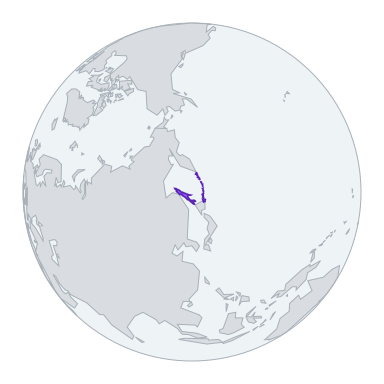 Sakhalin on an orthographic globe, rotated 303°
{"feature_id": "RUS-2616", "entity_name": "Sakhalin", "entity_type": "Region", "adm_level": 1, "iso_a3": "RUS", "parent_name": "Russia", "parent_adm1": "", "projection": "orthographic", "projection_center": [146.417, 48.915], "detail": "fine", "context": "on_globe", "style": "filled", "palette": "violet", "viewbox_px": 384, "rotation_deg": 303, "n_neighbors": 0, "source": "natural_earth", "source_scale": "10m", "svg_char_len": 16478}
<svg xmlns="http://www.w3.org/2000/svg" viewBox="0 0 384 384"><g transform="rotate(303 192 192)"><circle cx="192" cy="192" r="169" fill="#eef3f6" stroke="#a8b0b8"/><path d="M281.8,324.7L281.8,325.2L281.6,325.3L281.8,324.7ZM341.4,113.2L342.7,115.6L343.0,116.9L340.5,113.6L333.9,116.9L342.6,119.7L342.4,122.7L339.9,123.6L338.4,120.6L332.8,119.8L330.9,123.5L320.8,121.5L304.6,110.9L307.0,109.2L302.8,107.1L299.6,109.3L298.5,111.3L279.7,110.0L267.4,119.7L268.4,127.5L264.3,122.4L269.5,140.7L266.0,150.5L267.0,136.6L264.8,133.2L260.9,138.3L257.7,135.9L254.0,137.1L250.7,133.9L251.5,126.4L249.3,124.3L246.7,128.1L241.6,127.6L245.8,122.3L237.4,120.9L237.3,109.0L251.3,98.7L248.3,90.7L254.9,77.1L251.3,76.3L251.5,71.1L247.5,68.3L249.9,66.9L244.6,66.0L243.2,67.8L240.4,68.1L237.9,66.8L240.5,64.6L242.2,65.0L241.6,63.7L244.0,63.2L241.4,62.7L244.8,60.5L237.8,60.7L237.4,57.4L240.7,56.4L245.1,59.1L263.6,64.6L268.3,65.1L270.5,62.8L264.5,52.8L267.7,52.6L268.6,50.4L264.7,49.1L262.6,50.5L255.5,48.0L253.8,50.3L250.7,49.8L247.0,51.5L242.5,48.6L240.1,45.0L242.8,43.5L241.9,42.0L235.1,41.5L236.3,37.4L230.1,32.5L231.0,31.9L240.1,33.7L250.6,38.2L262.4,41.9L249.6,37.0L252.0,36.2L250.2,35.2L247.1,34.0L244.2,33.4L243.9,32.8L256.5,37.0L256.9,37.6L252.9,36.2L257.9,38.4L266.4,41.9L266.9,41.6L279.1,48.3L279.7,48.2L282.7,49.9L281.0,49.4L284.2,50.6L298.7,61.0L299.5,61.7L304.3,65.8L308.1,69.4L313.1,74.7L314.1,75.4L319.4,82.1L326.6,91.0L332.7,98.5L333.1,99.1L341.4,113.2ZM327.4,220.0L326.0,217.3L328.2,217.1L327.4,220.0ZM324.2,217.0L324.9,217.6L324.2,217.3L324.2,217.0ZM323.1,217.6L323.9,217.2L323.1,218.0L323.1,217.6ZM321.7,218.9L322.4,218.1L322.3,218.3L321.7,218.9ZM319.0,219.9L318.3,220.0L318.9,219.0L319.0,219.9ZM298.5,112.7L299.9,109.7L303.9,108.7L303.2,111.5L298.5,112.7ZM290.3,114.9L290.0,112.6L294.7,114.6L293.4,115.3L290.3,114.9ZM269.8,133.8L271.5,130.9L270.9,134.5L269.8,133.8ZM254.1,137.9L254.6,139.5L252.5,139.5L254.1,137.9ZM249.8,53.0L248.5,52.3L249.8,52.3L249.8,53.0ZM249.5,54.6L252.0,55.2L252.2,56.0L250.6,55.6L249.5,54.6ZM245.4,134.7L241.8,134.3L245.6,133.3L245.4,134.7ZM246.3,53.6L252.3,57.4L252.6,59.0L246.9,58.8L246.3,53.6ZM239.8,133.2L231.1,132.8L231.5,136.3L225.5,126.4L234.9,129.9L239.5,128.1L238.1,130.9L239.8,133.2ZM243.9,69.0L245.2,67.0L246.4,70.0L243.9,69.0ZM245.3,70.9L252.8,80.4L249.6,82.9L247.7,79.1L245.3,83.7L240.0,80.3L240.1,77.0L243.3,76.0L238.8,75.5L245.3,70.9ZM223.6,121.3L221.7,120.2L223.9,119.9L223.6,121.3ZM239.4,68.5L241.2,70.1L238.5,72.4L234.4,69.7L236.6,69.8L239.4,68.5ZM247.3,86.7L244.5,88.1L239.5,85.7L237.7,85.9L239.6,80.5L247.3,86.7ZM235.9,68.6L232.4,68.3L231.4,66.0L237.5,67.1L235.9,68.6ZM239.6,74.2L238.1,75.2L237.6,73.7L239.6,74.2ZM225.8,58.3L228.1,59.9L226.8,61.2L225.8,58.3ZM231.1,68.3L231.5,69.1L231.2,69.9L228.7,69.3L231.1,68.3ZM235.9,79.2L234.4,78.0L234.9,81.3L231.1,79.8L233.0,76.5L230.6,77.3L229.5,76.9L232.3,74.7L235.9,79.2ZM225.5,71.0L226.6,66.6L222.8,63.2L223.7,61.9L229.8,67.6L225.5,71.0ZM229.3,73.3L227.2,71.5L229.4,70.7L232.3,71.4L229.3,73.3ZM227.9,80.0L233.1,83.2L232.5,83.8L227.9,80.0ZM223.9,70.1L223.7,71.2L223.4,70.0L223.9,70.1ZM226.1,77.1L228.1,78.1L227.4,78.8L226.1,77.1ZM221.6,72.7L221.9,71.2L223.9,71.6L221.6,72.7ZM223.3,74.8L221.8,75.6L224.4,72.6L224.3,75.1L223.3,74.8ZM225.1,77.6L225.3,78.3L224.4,77.1L225.1,77.6ZM214.0,72.2L216.7,68.4L221.0,69.2L217.8,72.8L214.0,72.2ZM115.0,41.6L100.2,50.7L97.0,52.9L94.6,54.0L76.0,69.3L75.5,70.6L63.4,84.5L58.3,92.8L64.8,90.3L73.2,76.5L79.3,71.9L76.4,80.9L69.8,93.9L71.9,92.6L80.0,82.9L82.5,84.8L83.3,79.6L80.0,82.5L80.4,79.5L83.5,76.7L84.2,77.3L87.3,73.4L82.9,71.8L79.1,74.6L84.8,66.2L79.0,70.2L79.2,68.9L89.0,61.7L91.1,61.1L106.1,51.5L104.5,51.4L90.2,60.5L92.8,58.3L90.5,58.7L94.4,56.6L110.4,47.2L118.3,41.6L121.3,38.5L137.0,32.3L141.4,31.3L127.3,37.3L129.1,37.4L137.9,35.1L132.9,37.3L134.7,37.2L130.0,39.8L129.1,43.2L125.2,46.2L130.5,47.5L129.2,49.3L126.4,47.9L122.4,48.8L113.2,57.4L113.1,59.0L117.3,59.3L114.3,61.8L119.5,61.0L117.0,66.6L124.4,59.3L129.5,60.0L131.1,63.7L134.1,62.7L131.5,56.9L129.3,55.9L125.3,57.0L120.4,53.7L122.3,50.8L132.4,49.8L136.3,45.8L142.5,47.2L145.6,61.2L144.0,67.5L129.5,76.5L126.7,74.5L130.4,70.1L121.8,73.7L124.9,73.6L122.4,75.9L126.7,77.6L125.1,79.4L131.8,78.2L130.4,80.5L126.1,81.2L131.1,86.3L129.6,91.7L131.5,92.1L133.9,90.9L130.4,98.9L131.9,98.9L133.7,96.2L138.0,94.4L144.1,94.5L142.5,97.2L140.1,97.6L132.6,102.7L126.4,103.4L126.4,104.6L131.4,104.6L140.5,98.4L144.6,97.7L140.7,100.9L142.4,99.7L144.0,100.2L144.1,103.5L148.6,100.1L167.9,103.7L169.9,110.7L164.3,112.9L176.1,119.5L177.5,127.6L179.1,125.0L185.9,126.9L185.5,124.3L186.8,123.3L204.1,127.8L206.9,131.3L216.1,131.1L217.0,129.9L215.4,127.2L225.5,126.4L231.5,136.3L229.3,138.5L234.6,143.4L228.7,148.0L226.4,154.4L217.0,157.1L215.9,162.1L218.1,163.5L218.3,171.8L211.1,184.5L207.3,168.0L216.1,149.3L211.7,156.2L209.8,152.9L206.5,154.4L203.6,159.6L205.0,161.3L185.6,162.1L172.9,173.5L180.8,176.0L182.9,181.9L175.4,198.8L150.0,213.6L152.5,223.1L150.8,227.7L144.5,228.1L146.8,221.3L142.8,216.6L145.1,212.9L135.7,211.8L138.5,206.6L129.8,208.6L130.1,214.2L137.3,216.8L128.5,221.3L132.4,232.3L129.7,241.4L112.9,250.1L100.4,247.9L98.9,250.0L95.6,244.3L88.7,245.6L92.9,265.0L91.9,268.9L81.8,270.1L82.1,267.1L73.1,251.8L69.6,259.6L76.3,273.3L78.6,283.8L72.6,276.6L70.6,266.9L67.4,261.2L69.6,254.1L69.5,239.2L63.6,236.3L65.4,231.6L64.4,216.4L56.6,211.6L43.4,211.2L39.5,221.9L35.9,222.1L36.8,197.4L40.9,184.7L38.9,181.3L41.7,164.2L39.8,145.7L41.6,141.5L40.8,139.1L43.2,130.5L46.8,124.1L47.2,120.3L38.2,137.4L37.9,141.7L40.7,142.5L37.9,147.3L36.0,156.8L30.7,156.7L31.3,139.9L34.9,130.9L53.5,98.1L54.9,97.0L55.2,96.7L55.6,96.2L53.7,97.3L58.1,91.8L44.4,110.9L40.5,117.4L31.3,140.0L31.3,139.9L29.4,146.3L27.5,157.3L26.7,159.8L25.6,162.9L28.1,151.1L31.4,139.6L35.5,128.3L40.4,117.3L46.1,106.8L52.5,96.6L59.7,86.9L67.5,77.8L75.9,69.3L84.9,61.3L94.5,54.0L104.5,47.5L115.0,41.6ZM59.2,111.6L57.5,120.5L64.5,113.5L64.4,116.4L66.8,113.1L65.0,112.9L71.7,104.8L73.3,107.9L76.7,105.9L77.4,102.8L73.4,98.7L63.8,110.0L61.5,109.3L59.2,111.6ZM251.3,36.0L250.2,35.6L247.4,34.4L249.5,35.0L251.3,36.0ZM230.7,29.6L230.7,28.8L232.1,29.7L234.9,30.1L241.4,32.8L231.8,31.8L235.0,31.6L230.7,29.6ZM247.3,36.5L244.3,34.6L248.0,36.7L247.3,36.5ZM149.6,35.5L146.1,36.3L145.1,35.4L150.2,32.6L151.7,33.7L149.6,35.5ZM141.4,37.8L150.0,38.0L147.3,40.1L147.3,38.8L144.6,40.2L144.1,38.5L132.9,40.7L131.3,40.1L141.5,34.6L139.1,36.5L142.7,35.5L141.4,37.8ZM177.1,38.0L180.8,39.0L169.9,42.1L167.7,40.9L172.6,37.7L178.1,37.3L177.1,38.0ZM235.1,52.9L237.2,53.7L236.5,54.2L234.1,54.0L235.1,52.9ZM227.0,58.9L225.0,50.4L227.4,50.8L223.4,45.8L228.1,44.9L230.5,48.1L231.1,43.9L235.1,46.4L234.8,43.5L239.6,50.7L243.3,53.0L237.5,50.7L233.1,51.4L232.3,52.4L232.8,57.2L238.5,63.0L235.0,64.9L231.1,64.7L229.3,63.6L232.1,62.7L227.5,61.9L230.2,59.7L227.0,58.9ZM187.3,66.1L191.3,64.7L182.7,64.3L185.3,61.5L184.1,61.6L184.1,59.0L182.1,56.1L183.9,55.2L182.4,54.5L182.3,52.9L180.8,51.7L183.6,49.6L181.9,48.1L184.2,48.0L180.5,46.0L184.5,46.6L184.8,44.8L180.8,45.1L199.6,38.4L204.4,35.7L206.3,33.2L212.9,35.0L215.3,38.7L214.8,43.4L209.2,46.0L213.2,46.5L211.7,48.0L209.2,47.0L212.1,49.5L210.2,50.5L209.9,55.6L215.3,59.1L215.3,61.2L212.2,60.4L214.4,63.1L208.5,63.0L208.4,64.6L202.5,66.3L196.7,64.0L196.9,66.0L192.5,67.6L187.3,66.1ZM212.2,72.6L204.6,70.1L202.3,67.5L213.5,65.7L214.4,64.3L221.5,63.4L224.7,67.3L222.4,67.2L220.9,68.0L220.5,66.4L219.7,68.3L216.5,68.2L215.0,69.7L212.9,68.5L212.2,72.6ZM96.1,54.0L94.2,55.6L91.7,57.8L90.1,58.3L96.1,54.0ZM107.0,47.5L105.6,48.5L102.3,50.0L104.3,48.5L107.0,47.5ZM107.8,48.1L105.8,48.5L108.1,47.4L107.8,48.1ZM125.4,49.1L124.3,50.5L123.0,50.7L122.3,50.0L125.4,49.1ZM162.2,65.5L164.9,64.8L165.2,65.5L170.9,66.3L169.5,68.7L165.4,69.1L162.2,65.5ZM64.6,88.8L64.4,87.3L65.9,85.5L65.6,86.3L64.6,88.8ZM76.6,71.3L72.5,75.7L76.2,71.4L76.6,71.3ZM161.5,68.2L164.0,68.2L161.8,69.4L161.5,68.2ZM168.7,70.4L166.5,72.0L169.9,69.1L168.7,70.4ZM115.2,321.9L120.0,324.3L119.9,324.7L115.2,321.9ZM110.1,318.1L115.4,320.7L109.4,318.7L110.1,318.1ZM117.5,321.6L122.9,323.0L125.3,323.2L125.0,324.0L117.5,321.6ZM106.6,316.5L88.6,306.2L81.8,300.6L83.1,299.9L94.1,307.3L106.6,316.5ZM82.6,299.5L72.6,287.3L61.1,261.0L65.1,265.2L77.7,285.6L76.8,286.5L82.9,294.9L82.6,299.5ZM107.9,305.3L107.0,309.5L96.8,303.7L92.4,300.3L89.2,292.3L91.0,290.1L94.5,292.4L109.9,288.9L115.0,294.3L109.9,296.8L114.2,303.3L107.9,305.3ZM39.6,223.6L40.1,233.4L38.4,231.8L39.6,223.6ZM117.3,283.5L110.3,285.8L117.0,281.4L117.3,283.5ZM121.9,278.3L121.8,281.2L119.7,277.4L121.9,278.3ZM97.7,253.9L93.9,252.2L94.3,250.1L99.6,251.1L97.7,253.9ZM127.6,249.0L125.6,255.2L124.1,256.9L123.4,252.3L127.6,249.0ZM152.6,90.3L146.3,86.3L140.8,85.5L136.2,88.0L140.0,83.0L148.5,84.3L152.6,90.3ZM166.2,101.6L170.2,99.7L170.3,101.9L169.4,102.6L166.2,101.6ZM167.3,99.5L168.7,94.7L172.2,94.6L170.4,98.4L167.3,99.5ZM164.8,80.7L163.0,79.3L164.9,78.3L164.8,80.7ZM188.6,360.9L188.3,360.9L196.2,360.9L188.6,360.9ZM255.4,348.6L255.6,348.5L254.4,348.7L257.1,347.9L257.7,347.7L255.4,348.6ZM154.5,354.9L126.2,347.5L119.2,344.3L119.2,343.9L109.2,336.7L111.3,337.8L107.7,333.5L123.4,337.6L134.0,334.7L144.8,338.5L151.7,334.6L163.5,337.6L161.1,341.5L174.6,346.4L180.7,337.4L191.9,348.5L203.7,351.7L210.6,355.8L200.4,360.4L191.8,360.9L188.8,360.7L185.6,360.7L178.6,360.2L172.1,358.7L169.0,358.6L170.8,358.0L166.9,358.2L162.1,356.7L154.5,354.9ZM240.0,344.2L242.5,343.9L247.3,344.2L243.3,344.9L240.0,344.2ZM275.7,329.1L277.4,329.1L274.6,330.4L275.7,329.1ZM281.6,325.3L278.2,327.1L281.8,324.7L281.6,325.3ZM249.7,336.9L251.2,337.2L250.3,337.6L249.7,336.9ZM248.6,336.9L249.7,335.7L249.9,336.7L248.6,336.9ZM235.7,333.5L237.0,332.8L237.7,333.1L235.7,333.5ZM127.1,327.1L133.6,326.3L137.4,327.3L127.1,327.1ZM233.5,332.5L230.1,332.8L230.3,332.2L233.5,332.5ZM233.4,331.1L232.9,330.2L235.4,332.0L233.4,331.1ZM226.7,329.7L231.0,330.9L226.2,330.0L226.7,329.7ZM224.3,330.1L221.3,329.6L221.5,329.3L224.3,330.1ZM193.6,331.5L204.4,337.2L196.3,336.9L187.1,332.9L181.0,335.4L166.4,332.7L169.4,331.3L167.2,327.8L152.8,323.5L150.0,320.6L154.8,320.4L145.7,316.3L155.6,317.9L159.9,323.3L165.6,321.0L176.1,323.7L186.6,326.5L195.6,330.4L193.6,331.5ZM156.2,327.6L158.0,328.0L156.5,328.9L156.2,327.6ZM215.7,327.5L220.0,329.4L219.6,329.9L217.5,329.7L215.7,327.5ZM197.6,329.8L207.0,326.6L209.4,326.7L203.2,330.5L197.6,329.8ZM204.5,324.2L209.1,324.8L211.7,326.8L210.8,327.3L204.5,324.2ZM135.9,318.0L135.6,319.1L133.1,317.3L135.9,318.0ZM139.1,318.3L146.7,321.9L138.4,319.1L139.1,318.3ZM117.3,305.8L119.3,309.7L125.8,310.3L120.9,311.1L125.5,317.7L124.2,318.9L119.5,312.0L118.3,316.6L115.5,315.3L113.7,310.1L116.4,305.6L119.2,304.3L131.0,308.0L117.3,305.8ZM138.9,314.6L137.0,310.4L138.5,308.5L140.6,311.1L138.9,314.6ZM131.7,299.5L127.1,293.2L122.5,293.1L132.3,290.3L135.0,296.9L131.7,299.5ZM128.6,288.0L124.2,287.9L129.0,285.9L128.6,288.0ZM123.3,285.9L123.3,282.5L126.5,284.3L123.3,285.9ZM130.7,289.0L132.4,283.8L133.6,287.7L130.7,289.0ZM123.3,274.5L129.3,282.9L120.6,276.7L122.5,265.6L126.4,267.0L123.3,274.5ZM159.0,236.2L159.3,232.4L163.5,232.8L162.1,235.3L159.0,236.2ZM177.2,231.6L164.7,231.7L154.7,232.0L156.8,234.5L152.7,239.8L150.7,232.8L159.2,228.4L166.4,229.3L169.4,224.6L175.8,222.6L177.4,215.9L180.8,213.8L181.6,220.3L177.2,231.6ZM177.8,213.0L182.8,201.6L189.7,205.3L190.1,208.6L184.9,212.2L181.6,210.0L177.8,213.0ZM186.1,200.1L182.9,197.9L183.7,178.8L185.5,175.8L188.6,191.8L185.8,190.7L184.4,194.9L186.1,200.1ZM221.3,121.8L221.6,120.3L222.7,122.0L221.3,121.8ZM186.5,121.8L188.4,120.6L189.6,122.4L186.5,121.8ZM194.5,118.5L191.8,117.2L195.3,117.4L194.5,118.5ZM185.6,114.8L191.0,116.2L184.9,116.6L185.6,114.8Z" fill="#d9dde1" stroke="#a8b0b8" stroke-width="1"/><path d="M185.3,176.0L185.5,176.1L185.5,175.9L185.6,175.6L186.1,176.5L185.9,177.2L185.8,177.3L186.0,177.8L185.9,177.4L185.9,177.6L186.0,177.8L186.0,178.0L186.1,178.3L186.2,178.2L186.2,178.3L186.2,178.5L186.3,178.7L186.4,178.8L186.6,180.2L186.5,180.4L186.5,181.0L186.4,181.5L186.2,181.8L186.2,181.5L186.4,181.4L186.4,181.0L186.1,181.8L186.1,182.4L186.0,182.5L186.1,182.8L186.1,183.0L186.3,183.7L186.2,183.7L186.1,184.2L186.4,184.2L186.4,183.8L186.5,184.1L186.6,184.7L186.4,184.7L186.6,184.9L186.6,185.1L186.6,184.8L187.1,187.8L187.4,188.7L187.6,189.5L187.6,189.8L187.8,190.2L187.8,190.4L187.9,191.0L188.1,191.5L188.6,192.1L188.7,192.6L188.8,192.8L188.6,192.7L188.5,192.3L188.3,191.9L187.9,191.5L187.8,191.3L187.5,190.9L186.8,190.7L186.4,190.6L186.2,190.5L185.9,190.5L186.1,190.6L186.7,190.7L186.1,190.7L185.8,190.9L185.4,191.2L185.3,191.5L185.4,191.8L184.9,192.9L184.4,194.5L184.3,195.2L184.4,195.6L184.7,196.2L184.9,196.3L185.2,196.7L185.2,197.1L185.2,197.3L185.4,197.8L185.5,197.9L185.3,198.0L185.4,198.4L185.6,198.3L185.8,198.5L185.9,198.4L185.5,198.2L185.8,198.1L186.0,198.0L186.1,198.8L186.2,199.2L186.2,199.3L186.3,199.4L186.0,199.9L186.0,200.2L185.9,200.4L185.9,199.8L185.7,199.3L185.7,199.0L185.8,199.0L185.9,198.9L185.6,198.8L185.4,198.7L185.2,198.7L184.9,198.6L184.7,198.7L184.5,198.2L184.3,198.3L184.0,198.5L183.9,198.7L183.6,199.4L183.4,200.3L183.2,200.4L183.1,200.6L182.8,200.2L182.8,199.5L182.7,198.7L183.2,197.2L183.3,196.9L183.1,196.5L183.2,196.3L183.1,196.0L183.2,195.6L183.5,194.9L183.7,194.6L183.6,193.5L183.2,192.6L183.1,192.1L183.4,191.9L183.5,191.3L183.5,191.2L183.6,190.9L183.6,190.6L183.8,190.2L183.9,189.5L183.9,188.9L184.0,188.3L183.9,187.7L184.0,187.5L183.8,186.9L183.9,186.5L184.0,186.1L184.0,185.9L184.3,185.5L184.3,185.3L184.2,184.9L184.2,184.7L184.0,184.4L184.0,184.2L183.8,184.0L183.8,183.8L183.7,183.8L183.6,183.6L183.4,183.4L183.6,183.5L183.6,183.4L183.6,183.2L183.3,183.0L183.4,182.9L183.4,182.4L183.5,182.2L183.4,182.0L183.4,181.8L183.4,181.7L183.7,181.3L183.8,180.9L183.8,180.7L183.9,180.0L184.0,179.7L183.9,179.2L183.9,178.9L183.9,178.7L184.2,178.4L184.7,178.2L184.7,178.5L185.0,178.7L185.3,178.3L185.5,178.2L185.3,178.1L185.2,178.2L185.2,177.9L185.4,177.8L185.5,177.9L185.7,177.7L185.7,177.4L185.5,177.7L185.3,177.7L185.6,177.3L185.6,177.0L185.2,176.4L185.1,176.2L184.9,175.9L185.2,176.1L185.3,176.0ZM196.9,202.2L197.0,202.4L197.0,202.5L196.9,202.5L196.5,202.5L196.2,202.7L195.9,202.8L195.1,203.6L194.8,203.7L194.7,203.5L194.6,203.8L194.4,204.0L193.8,204.5L193.7,204.8L193.3,204.9L193.1,205.2L192.9,205.2L193.0,205.0L193.1,204.9L193.1,204.6L193.2,204.8L193.3,204.7L193.2,204.5L193.4,204.6L193.6,204.4L193.6,204.2L193.4,204.1L193.5,204.0L193.8,203.9L194.2,203.6L194.3,203.3L194.5,203.3L194.8,203.0L195.1,202.8L195.0,202.5L195.2,202.2L195.3,202.7L195.4,202.8L195.9,202.7L196.4,202.1L196.8,201.9L197.0,202.0L196.9,202.2ZM210.1,185.8L210.2,186.1L210.0,186.4L209.8,186.9L209.7,187.0L209.3,187.2L209.1,187.4L209.0,187.8L208.9,187.8L208.9,187.7L208.6,187.6L208.6,187.4L208.6,187.2L208.9,186.7L209.4,186.5L209.5,186.3L209.6,185.7L209.9,185.4L210.0,185.4L210.1,185.8ZM191.8,205.2L192.3,205.2L192.2,205.4L191.8,205.6L191.4,205.7L191.0,206.1L190.9,206.4L190.7,206.5L190.4,206.8L190.2,206.9L190.2,207.5L190.2,207.3L190.1,207.2L189.9,207.3L189.9,206.9L190.5,206.3L190.7,206.0L190.8,205.9L190.9,205.7L191.1,205.6L191.4,205.0L191.5,205.0L191.8,205.2ZM200.0,199.8L200.5,199.7L200.1,200.1L199.8,200.3L199.7,200.4L199.7,200.6L199.4,200.9L199.2,201.0L198.6,201.6L198.2,201.7L198.3,201.4L198.5,201.3L198.7,200.9L199.0,200.8L199.4,200.2L199.7,200.1L199.7,199.9L200.0,199.8ZM210.6,185.0L210.7,185.3L210.6,185.7L210.3,185.7L210.2,185.6L210.2,185.3L210.4,185.1L210.6,185.0ZM208.0,188.9L208.2,189.0L208.0,189.5L208.1,189.8L207.9,190.1L207.7,190.0L207.7,189.8L207.7,189.6L207.9,189.2L208.0,188.9ZM203.6,196.8L203.7,196.7L203.8,196.8L203.6,197.0L203.3,197.5L203.0,197.9L202.9,197.9L202.7,197.8L202.7,197.7L203.0,197.6L203.6,196.7L203.6,196.8ZM192.9,206.8L193.1,206.9L193.1,207.1L192.6,207.2L192.6,207.3L192.4,207.2L192.9,206.8ZM209.0,185.4L208.8,185.3L208.7,185.2L208.8,185.1L209.1,185.1L209.2,185.4L209.0,185.4ZM207.1,191.2L207.1,191.3L206.8,191.7L206.8,191.8L206.7,191.8L206.7,191.7L206.9,191.5L206.9,191.3L207.1,191.2ZM207.7,190.4L207.7,190.6L207.4,190.5L207.7,190.4ZM204.1,196.0L204.2,196.3L204.0,196.2L204.1,196.0ZM205.1,194.7L205.2,194.9L205.1,195.0L205.0,194.9L205.1,194.7ZM205.5,193.9L205.5,194.0L205.4,194.0L205.2,193.8L205.3,193.7L205.5,193.9ZM191.3,207.9L191.6,207.9L191.6,208.0L191.4,208.1L191.3,207.9ZM207.2,188.5L207.3,188.6L207.3,188.8L207.2,188.8L207.1,188.7L207.2,188.5ZM190.8,208.1L191.0,208.2L190.9,208.2L190.8,208.1ZM200.9,198.9L201.0,199.0L200.9,199.0L200.9,198.9ZM191.9,207.5L191.7,207.6L191.8,207.5L191.9,207.5ZM191.3,208.1L191.2,208.2L191.3,208.1L191.3,208.1ZM185.3,176.0L185.4,175.9L185.3,176.0Z" fill="#8b5cf6" stroke="#5b21b6" stroke-width="1.5"/></g></svg>